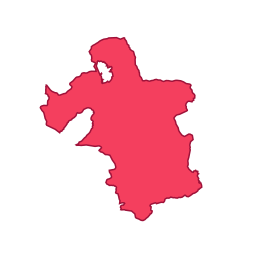 the district of Tanah Datar, Sumatera Barat, Indonesia, rotated 68°
{"feature_id": "22746128B43985885623603", "entity_name": "Tanah Datar", "entity_type": "district", "adm_level": 2, "iso_a3": "IDN", "parent_name": "Indonesia", "parent_adm1": "Sumatera Barat", "projection": "natural_earth1", "projection_center": [100.576, -0.47], "detail": "fine", "context": "isolated", "style": "filled", "palette": "rose", "viewbox_px": 256, "rotation_deg": 68, "n_neighbors": 0, "source": "geoboundaries", "source_scale": "gbopen_adm2", "svg_char_len": 5784}
<svg xmlns="http://www.w3.org/2000/svg" viewBox="0 0 256 256"><g transform="rotate(68 128 128)"><path d="M37.3,112.1L37.4,113.8L36.6,117.2L36.6,119.2L36.8,121.6L37.6,124.2L37.7,125.7L38.0,126.6L38.3,129.6L38.9,131.5L40.3,132.0L41.1,132.9L42.7,135.4L44.0,135.2L45.0,135.4L46.2,134.8L47.6,134.8L49.9,135.5L50.9,136.3L52.4,136.6L55.2,134.0L55.9,133.9L58.2,136.5L61.8,135.8L62.4,136.2L63.5,136.4L61.7,140.6L61.3,142.7L61.6,145.3L61.1,146.9L60.3,148.1L60.0,149.9L60.2,150.6L61.0,151.3L62.0,152.9L62.1,154.4L61.6,156.4L61.8,157.5L63.8,161.5L64.7,164.9L65.4,165.5L66.1,165.6L68.3,164.6L68.9,164.6L70.3,165.9L71.3,170.1L72.4,172.4L72.5,173.0L72.1,174.7L72.0,178.9L71.3,180.2L69.4,180.5L68.3,181.6L68.1,182.3L65.5,184.8L63.6,185.8L57.8,187.4L57.6,187.8L58.4,188.1L59.0,188.8L60.0,188.9L61.5,189.8L64.4,190.9L65.2,191.6L66.7,190.0L67.2,190.1L68.2,189.9L69.0,190.1L69.6,189.6L70.2,189.7L71.7,190.6L72.7,192.2L74.4,193.1L76.2,193.8L76.8,194.8L75.5,197.6L75.3,199.8L75.5,200.9L76.4,201.7L79.5,201.2L81.7,200.4L83.1,200.4L88.2,201.2L91.4,200.9L93.9,202.4L95.0,202.3L101.9,196.0L106.8,193.1L105.7,191.9L105.7,191.5L106.1,191.0L106.1,190.5L105.5,189.8L105.1,189.1L105.1,188.2L104.8,187.8L104.3,187.8L103.7,187.0L103.4,186.1L102.2,184.2L101.4,183.0L100.6,182.5L100.4,181.4L99.9,181.1L99.2,179.9L99.2,177.2L98.5,176.3L98.1,173.9L97.1,171.6L95.6,170.4L94.9,169.3L95.6,168.4L96.2,166.9L96.2,165.5L95.9,164.5L94.2,162.1L94.0,159.0L94.2,157.4L95.8,155.2L96.6,154.8L97.4,154.8L98.4,153.8L99.4,153.6L100.4,154.1L100.7,153.6L101.4,153.8L102.1,154.6L103.1,156.6L104.4,158.1L105.5,158.8L106.4,159.0L107.2,158.7L107.6,158.1L108.9,157.9L110.3,159.2L110.8,158.8L111.4,159.0L111.7,159.5L112.4,159.3L112.9,160.3L114.6,160.8L115.1,162.1L117.6,164.8L118.4,166.2L119.4,169.1L120.3,170.1L120.9,172.1L122.8,176.0L122.8,178.6L124.0,179.7L124.2,182.5L124.8,182.1L125.6,179.9L126.6,178.0L128.1,173.0L132.7,165.4L133.7,161.4L135.3,160.1L136.0,159.9L136.4,160.0L137.3,161.6L137.3,162.4L138.1,163.3L139.0,162.6L139.7,162.5L141.1,160.7L141.7,160.3L141.5,160.2L141.7,160.3L144.1,159.0L145.1,156.9L146.5,155.0L152.0,154.5L156.3,153.5L159.5,153.9L160.3,154.3L161.1,155.5L161.2,156.4L160.2,161.2L161.8,161.7L163.9,161.4L164.1,161.1L167.3,161.6L167.9,162.5L168.1,164.3L167.9,166.3L168.2,167.1L170.3,168.9L172.2,168.5L173.3,167.3L174.2,166.9L174.9,164.9L175.7,163.5L175.8,162.8L177.0,162.0L177.3,161.4L178.5,160.9L179.1,161.1L180.2,162.1L180.9,162.0L183.4,163.7L184.2,163.4L185.0,162.1L185.6,162.0L187.6,162.3L188.2,162.2L189.0,162.5L191.0,162.8L192.4,162.7L194.9,164.1L194.9,162.6L195.3,160.9L196.0,159.6L196.6,159.3L197.8,161.1L197.3,162.4L197.6,163.9L198.6,164.7L200.1,164.5L201.0,165.3L201.5,164.6L202.4,161.9L203.1,161.3L206.3,155.8L210.2,153.8L213.5,154.5L214.3,154.3L215.4,153.3L216.1,152.4L218.5,150.4L219.4,148.8L219.3,146.7L218.5,144.8L218.0,142.9L216.4,139.9L216.0,139.7L216.0,138.4L215.5,137.8L214.7,137.0L213.8,136.7L213.3,137.4L212.8,137.6L211.7,137.2L210.0,136.2L209.6,136.1L208.4,136.8L207.7,136.2L207.3,135.1L207.6,130.7L207.9,130.3L208.8,130.0L209.3,125.0L210.3,123.0L210.0,122.4L209.2,121.2L208.2,120.8L207.7,120.0L207.5,118.2L208.1,117.0L208.4,115.9L208.1,114.2L209.6,112.2L210.0,110.9L210.7,110.0L211.5,108.4L211.4,106.8L212.1,105.5L212.4,103.7L211.6,100.4L212.0,99.9L213.3,99.4L214.3,97.9L214.1,96.1L213.5,93.5L213.1,92.8L213.3,90.4L213.0,88.6L212.4,86.8L211.2,85.7L211.4,84.7L211.0,84.1L210.5,81.8L208.5,81.2L206.2,81.1L205.8,82.5L205.2,82.6L205.0,81.7L204.6,81.6L204.3,82.2L203.6,81.9L203.4,82.2L202.6,82.2L201.8,81.9L201.4,81.4L199.0,81.7L198.3,81.6L197.1,80.7L196.9,79.8L196.2,80.3L195.7,80.1L194.9,80.2L194.6,79.6L194.2,79.6L193.7,80.9L192.7,81.0L192.5,81.3L192.8,81.9L192.6,83.2L193.5,84.1L192.8,85.1L189.1,86.9L186.2,87.3L185.4,86.9L184.8,86.1L183.0,85.4L180.9,84.9L179.9,84.2L178.2,82.8L171.6,78.5L170.3,78.4L169.3,77.6L167.1,77.2L166.4,76.8L164.1,75.0L163.1,72.0L158.9,71.1L157.0,72.7L156.4,73.9L157.0,78.0L156.9,79.0L154.8,80.7L151.2,81.7L149.2,81.9L146.7,81.4L142.3,82.0L139.6,81.5L136.5,81.8L135.6,81.3L134.3,78.7L134.2,77.5L134.6,75.0L134.2,67.6L134.0,66.5L133.3,66.3L131.5,66.6L129.9,65.9L128.6,66.1L127.0,64.8L126.1,63.3L125.8,62.1L126.3,60.9L127.7,58.9L127.7,58.7L126.9,58.2L126.9,56.7L125.1,56.2L125.2,54.9L122.8,53.8L121.7,53.9L119.6,54.9L118.8,55.0L116.8,54.5L114.6,55.3L113.3,55.0L112.0,53.6L111.1,53.8L110.4,54.4L108.5,57.5L106.1,59.2L104.0,61.4L102.1,64.8L101.6,66.3L101.3,69.3L100.8,70.4L99.1,73.0L98.3,74.9L98.2,77.5L97.4,78.6L95.6,80.1L94.8,82.0L93.5,83.6L93.2,85.2L93.3,86.8L92.9,88.0L92.6,90.7L90.7,93.1L90.5,93.6L90.3,95.5L89.5,96.8L86.3,96.8L84.7,97.4L83.5,97.5L81.0,96.7L80.5,96.8L78.7,96.4L76.6,97.0L74.2,96.8L72.1,97.5L67.2,95.8L65.2,94.6L63.4,94.8L59.5,94.3L59.0,94.4L57.6,95.6L55.7,96.6L54.4,96.3L53.5,96.8L51.6,96.3L50.0,97.3L46.7,97.0L44.4,97.7L43.2,97.5L42.8,98.2L42.8,101.8L39.9,104.8L37.3,112.1ZM57.9,125.9L58.3,125.0L58.9,124.7L59.4,124.9L59.7,124.5L60.2,124.4L60.7,123.9L61.1,123.8L61.7,124.2L62.0,123.6L62.4,123.5L62.5,124.2L62.8,123.7L63.5,124.1L63.9,123.9L64.5,124.2L64.6,123.7L64.8,123.5L64.6,122.8L64.8,122.3L64.3,121.8L64.8,121.4L64.7,120.6L65.5,120.2L66.1,120.3L66.6,120.8L67.3,120.9L67.5,121.5L67.4,122.2L68.3,122.6L68.3,122.2L68.5,122.4L68.4,123.1L68.7,123.1L68.9,123.9L69.3,123.5L69.4,122.8L69.9,122.0L71.2,121.9L74.3,122.5L74.7,124.0L75.9,124.2L76.5,125.0L76.9,125.3L78.3,128.0L78.0,129.0L77.0,129.3L77.6,131.3L77.1,135.2L77.2,135.5L76.8,135.1L76.5,135.3L76.3,134.6L76.0,134.8L75.9,134.4L74.8,134.1L74.6,134.6L74.3,134.2L73.9,134.3L74.0,133.9L73.4,134.0L73.4,133.3L73.1,133.6L73.2,134.0L72.9,134.1L70.1,133.4L68.5,133.7L67.9,132.1L67.3,132.1L68.1,134.1L59.1,134.2L57.7,133.6L57.0,132.8L55.0,131.6L54.5,130.7L54.9,130.1L55.3,130.0L55.8,129.4L55.7,128.5L56.3,127.4L57.4,126.9L57.4,125.8L57.9,125.9Z" fill="#f43f5e" stroke="#9f1239" stroke-width="1.5"/></g></svg>